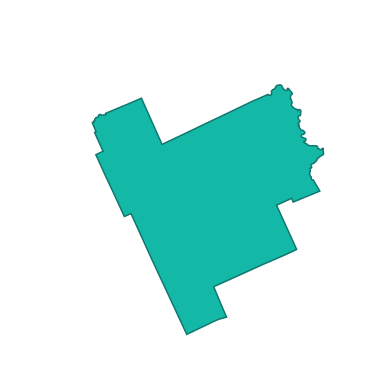 the district of Pila, Buenos Aires, Argentina, rotated 23°
{"feature_id": "61730980B41128044473522", "entity_name": "Pila", "entity_type": "district", "adm_level": 2, "iso_a3": "ARG", "parent_name": "Argentina", "parent_adm1": "Buenos Aires", "projection": "orthographic", "projection_center": [-58.263, -36.217], "detail": "fine", "context": "isolated", "style": "filled", "palette": "teal", "viewbox_px": 384, "rotation_deg": 23, "n_neighbors": 0, "source": "geoboundaries", "source_scale": "gbopen_adm2", "svg_char_len": 5488}
<svg xmlns="http://www.w3.org/2000/svg" viewBox="0 0 384 384"><g transform="rotate(23 192 192)"><path d="M303.2,212.4L307.5,207.7L310.8,204.0L275.0,171.1L286.1,159.0L289.1,161.7L309.3,141.2L300.2,134.5L299.0,133.5L298.8,133.7L298.3,133.8L297.5,133.8L297.2,133.7L296.7,133.2L296.3,132.3L296.1,131.9L295.9,131.7L295.6,131.4L295.2,131.1L294.6,131.0L294.4,130.9L294.2,130.6L293.9,130.4L293.6,130.3L293.3,130.1L293.3,129.9L293.3,129.7L293.4,129.4L293.4,129.1L293.0,128.4L292.7,128.2L292.6,127.9L292.6,127.4L292.8,127.1L292.8,126.7L292.7,126.3L292.4,125.5L292.0,125.1L291.7,124.8L291.5,124.6L291.5,124.3L291.4,123.8L291.5,123.6L292.0,123.6L292.4,123.4L292.5,123.2L292.5,122.5L292.4,122.2L292.1,121.7L291.8,121.5L291.4,121.3L291.1,121.0L291.0,120.5L291.1,120.0L291.3,119.8L291.5,119.4L291.6,119.2L292.1,118.8L292.6,118.2L293.0,117.7L293.2,117.4L293.6,116.6L293.8,116.2L293.9,115.7L294.1,115.3L294.4,114.2L294.5,113.9L294.5,112.9L294.5,112.6L294.6,111.9L294.7,111.7L294.9,111.3L295.0,111.0L295.3,110.7L295.5,110.4L295.7,110.2L295.9,109.6L296.0,109.1L296.4,108.7L297.0,108.0L297.3,107.7L297.5,107.2L297.8,106.8L298.0,106.5L298.2,106.0L298.2,105.6L298.1,105.1L297.7,104.7L297.5,104.2L297.3,103.9L297.0,103.3L296.5,102.8L296.5,102.6L296.4,102.4L296.4,101.8L296.3,101.5L296.1,101.0L295.9,100.8L295.6,100.7L295.0,100.8L294.9,100.9L294.8,101.7L294.7,102.2L294.5,102.5L294.4,102.7L294.1,102.8L293.8,102.8L293.4,102.8L292.9,102.9L292.4,102.8L292.0,102.6L291.7,102.7L291.2,102.9L290.8,102.9L290.5,102.7L290.4,102.6L290.4,101.8L290.3,101.6L290.1,101.4L289.5,101.0L288.9,100.9L288.5,100.9L288.1,101.0L287.4,101.2L286.8,101.7L285.5,101.9L285.0,102.2L284.2,102.7L283.9,102.9L282.9,103.1L281.9,103.4L280.9,103.5L279.9,103.4L279.5,103.3L279.2,103.1L278.8,103.0L277.9,102.8L277.5,102.7L276.8,102.8L276.5,102.8L276.2,102.8L275.9,102.7L275.6,102.6L275.4,102.4L275.3,102.2L275.3,101.8L275.4,101.6L275.5,101.5L276.1,101.3L276.3,101.0L276.4,100.7L276.5,99.8L276.5,99.5L276.5,99.2L276.3,99.0L276.2,98.8L275.7,98.5L275.5,98.3L274.9,98.4L274.5,98.6L274.3,98.6L273.9,98.6L273.4,98.5L273.1,98.5L272.7,98.4L272.1,98.5L271.8,98.6L271.5,98.6L271.3,98.5L271.1,98.4L270.8,98.1L270.7,97.8L270.6,97.5L270.5,97.2L270.5,96.8L270.5,96.4L270.6,96.2L270.9,95.9L271.4,95.9L271.7,95.8L272.0,95.5L272.5,95.0L272.6,94.8L272.6,94.1L272.7,93.8L272.7,93.5L272.6,93.1L272.3,92.9L272.0,92.6L271.7,92.4L270.3,92.0L269.9,92.0L268.1,92.2L267.7,92.1L267.1,91.6L266.7,91.4L266.4,91.3L265.8,90.8L265.6,90.6L265.5,90.2L265.4,90.0L265.2,90.0L264.5,89.9L264.4,89.7L264.2,89.4L264.3,89.2L264.5,88.8L264.4,88.6L264.1,88.3L263.9,88.1L263.5,88.0L263.3,87.9L263.2,87.8L263.1,87.6L263.1,87.3L263.1,87.0L263.2,86.7L263.5,86.1L263.8,85.4L263.8,84.9L263.7,84.6L263.5,84.3L263.2,84.1L262.6,84.0L262.2,83.6L261.6,83.1L261.3,82.8L261.0,82.6L260.7,82.3L260.5,81.8L260.3,81.3L260.2,81.0L260.2,80.7L260.3,80.4L260.5,80.1L260.8,79.9L261.1,79.7L261.4,79.7L261.6,79.5L261.8,79.3L261.8,79.0L261.8,78.7L261.7,78.3L261.4,77.7L261.3,77.2L261.0,76.3L260.7,75.1L260.5,74.8L260.0,74.4L259.7,74.2L259.4,74.1L258.7,74.1L258.3,74.3L258.0,74.5L257.9,74.9L258.0,75.4L257.9,75.7L257.9,75.8L257.7,75.9L257.2,75.7L256.6,75.1L256.2,74.9L255.8,74.9L255.5,75.1L255.2,75.2L254.8,75.2L254.4,75.1L253.9,75.1L253.2,74.8L252.8,74.8L252.1,74.6L250.9,74.1L250.6,73.9L250.1,73.5L249.7,73.1L249.3,72.8L249.2,72.3L249.1,71.7L249.3,71.0L249.3,70.7L249.2,70.5L248.3,69.5L247.8,68.9L246.8,67.8L246.4,67.6L246.2,67.4L245.7,66.5L245.6,66.2L245.5,65.9L245.4,65.6L245.2,65.2L245.3,64.1L245.4,63.8L245.9,63.2L246.0,62.9L246.0,62.6L245.8,62.3L245.6,62.0L245.5,61.8L245.3,61.6L245.1,61.6L245.0,61.4L244.9,61.3L244.5,61.1L244.2,61.1L243.7,60.9L243.5,60.7L242.9,60.5L242.3,60.1L242.1,60.0L241.5,59.9L241.2,59.8L241.1,59.7L240.8,59.3L240.4,59.1L239.9,59.1L239.7,59.2L239.4,59.4L239.3,59.5L239.4,59.9L239.6,60.0L239.9,60.2L240.0,60.4L240.2,60.7L240.2,60.8L240.1,61.0L239.7,61.3L239.4,61.5L238.9,61.8L238.6,61.8L237.8,61.9L237.1,61.9L236.9,61.8L236.6,61.7L236.3,61.5L236.1,61.4L236.0,61.5L235.6,61.4L235.4,61.2L235.1,60.8L234.4,60.2L234.0,60.0L233.7,59.9L233.5,59.7L233.2,59.1L232.9,58.9L232.7,58.9L231.8,58.9L231.5,58.9L231.2,59.0L230.7,59.3L230.3,59.7L229.8,59.9L229.1,60.1L228.9,60.3L228.6,60.9L228.3,61.4L228.0,62.2L227.9,62.4L227.9,62.6L228.1,63.5L227.7,64.6L227.5,65.0L227.3,65.4L227.1,65.6L226.8,65.8L226.6,66.0L226.3,66.4L226.2,66.5L226.1,67.1L226.0,67.4L225.7,67.8L225.7,68.0L225.8,68.6L226.2,68.9L226.4,69.3L226.5,69.5L226.6,70.1L226.7,70.3L226.8,70.5L226.9,70.8L227.0,71.1L227.0,71.5L226.9,71.7L226.6,72.1L226.4,72.3L226.2,72.4L225.5,72.5L225.3,72.5L225.1,72.6L224.6,73.1L224.2,73.2L223.7,72.6L211.3,85.8L189.8,110.2L181.8,119.2L163.3,140.2L145.8,159.9L108.8,125.4L97.9,136.8L97.6,137.1L81.7,153.4L82.5,154.1L82.1,154.6L81.8,155.1L81.7,155.2L80.8,155.4L80.5,155.5L80.2,155.8L79.7,156.2L79.5,156.4L78.8,156.7L78.7,156.7L78.4,156.4L78.2,156.4L77.6,156.4L77.3,156.5L76.8,156.7L76.6,156.8L76.3,157.2L76.0,157.9L76.0,158.0L76.0,158.3L76.4,158.9L76.4,159.1L76.3,159.5L76.2,159.8L76.2,160.0L75.5,160.3L75.3,160.4L75.0,160.6L74.6,161.1L74.4,161.5L74.3,162.0L74.1,162.4L74.1,163.1L74.2,163.4L74.5,163.9L74.6,164.2L74.6,164.3L74.5,164.5L74.0,164.9L73.7,165.3L74.0,165.5L74.3,165.7L74.4,165.8L74.0,166.3L73.7,166.5L73.2,167.3L80.2,174.0L79.0,175.2L94.2,189.3L88.9,195.2L97.8,203.4L108.2,212.9L117.5,221.2L139.3,241.0L144.3,235.7L182.3,270.6L242.8,325.1L263.8,301.3L266.4,298.7L272.7,293.7L260.8,282.3L249.0,270.7L283.8,232.9L299.5,216.4L303.2,212.4Z" fill="#14b8a6" stroke="#0f766e" stroke-width="1.5"/></g></svg>